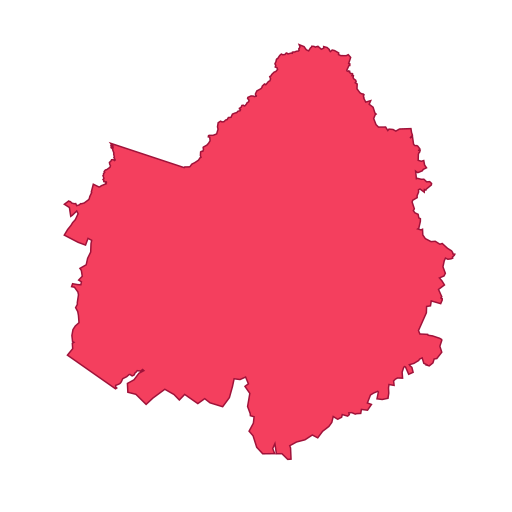 outline of Pixley ka Seme, Northern Cape, South Africa, rotated 264°
{"feature_id": "47623444B63696254381244", "entity_name": "Pixley ka Seme", "entity_type": "district", "adm_level": 2, "iso_a3": "ZAF", "parent_name": "South Africa", "parent_adm1": "Northern Cape", "projection": "natural_earth1", "projection_center": [24.003, -30.211], "detail": "fine", "context": "isolated", "style": "filled", "palette": "rose", "viewbox_px": 512, "rotation_deg": 264, "n_neighbors": 0, "source": "geoboundaries", "source_scale": "gbopen_adm2", "svg_char_len": 6071}
<svg xmlns="http://www.w3.org/2000/svg" viewBox="0 0 512 512"><g transform="rotate(264 256 256)"><path d="M362.5,423.6L366.5,423.4L367.3,412.0L365.6,408.1L367.5,405.5L368.3,401.5L367.0,400.2L370.7,398.4L371.4,391.3L374.1,389.1L380.4,387.4L384.0,389.3L384.6,390.3L385.8,389.2L391.7,388.0L395.1,384.4L398.5,386.3L397.6,381.2L401.8,379.6L402.0,379.9L404.1,379.5L405.0,380.3L405.8,379.7L406.4,377.8L407.5,376.4L411.7,373.9L416.5,374.6L417.9,372.8L418.9,373.8L420.4,373.5L421.7,372.0L423.1,371.2L425.1,371.7L425.4,370.3L426.8,371.2L427.4,370.7L427.6,369.3L428.8,368.3L429.9,368.5L430.4,367.4L429.9,367.0L430.5,365.9L431.3,365.7L435.8,368.4L435.7,369.2L437.3,369.4L437.8,368.3L443.6,370.9L446.6,368.8L445.8,366.7L446.4,361.3L447.7,359.1L449.3,359.5L452.1,355.6L452.9,353.3L451.5,351.3L452.8,350.5L453.7,350.5L455.9,348.5L457.2,345.2L455.7,345.1L454.8,342.6L458.1,339.5L457.7,338.9L457.9,337.9L457.5,336.9L458.4,335.6L458.8,333.4L457.9,333.0L457.2,331.9L454.5,329.8L455.8,327.6L459.2,325.7L461.7,321.0L459.5,321.6L458.0,320.7L457.6,320.2L455.9,320.3L455.4,319.6L455.4,317.5L454.8,315.7L455.0,314.0L454.8,313.4L453.8,313.3L454.1,311.9L453.6,308.9L454.7,307.8L454.6,307.1L453.4,306.0L453.3,303.7L454.2,302.3L453.0,300.6L450.0,298.1L449.8,297.2L448.6,296.5L448.0,296.6L445.1,294.9L443.7,295.6L441.9,294.9L441.1,296.5L439.4,297.0L437.4,295.0L437.0,293.3L434.8,290.5L433.7,289.9L433.0,288.4L430.7,289.0L428.8,288.2L428.2,286.6L425.4,283.8L425.4,283.2L426.2,282.7L425.9,282.0L424.2,279.9L422.9,279.5L421.8,278.2L420.1,274.1L417.3,272.4L416.1,272.4L415.4,273.1L414.9,273.0L414.7,271.0L415.3,270.1L415.7,267.8L414.6,264.5L413.6,264.1L411.7,265.3L410.2,264.9L409.2,263.0L408.0,262.3L406.5,260.6L406.5,260.0L407.3,259.1L407.2,257.7L405.4,256.7L404.6,254.9L404.1,254.9L403.2,255.9L402.2,255.5L401.8,253.0L400.6,251.8L400.4,250.2L399.6,247.4L396.5,245.6L396.6,243.0L394.7,241.6L394.4,240.0L392.9,238.1L392.9,236.2L393.8,234.9L392.5,232.3L388.5,231.2L386.1,231.5L381.5,229.6L380.5,225.9L380.9,222.2L380.7,221.4L379.5,221.0L378.9,222.4L375.4,222.4L373.2,220.7L371.4,218.7L369.8,215.0L369.1,214.7L367.7,215.0L365.7,214.0L365.8,212.7L365.3,211.8L361.7,211.2L359.9,211.6L359.5,210.6L357.3,208.8L355.2,204.8L354.1,201.8L351.8,199.7L351.6,199.0L352.0,194.4L351.4,193.8L383.3,123.2L382.1,123.9L381.4,123.4L381.1,124.5L380.3,125.4L379.9,124.7L380.0,123.4L378.9,123.2L378.4,123.6L378.7,124.5L378.6,125.1L376.9,124.5L373.3,125.4L372.2,125.1L369.3,125.5L368.9,125.0L366.2,126.0L365.7,125.3L366.8,123.9L366.8,122.4L365.6,121.7L364.4,120.0L362.6,120.1L361.0,120.7L359.5,120.0L357.5,116.6L357.3,115.2L355.9,113.8L354.9,114.2L354.0,113.0L352.3,112.8L351.9,112.2L349.2,112.9L348.0,111.8L347.2,112.6L345.9,112.4L345.3,114.9L344.6,114.9L344.2,114.1L343.5,114.5L342.0,109.3L341.4,108.6L341.0,107.1L344.4,101.7L336.9,98.9L336.3,99.2L332.5,96.9L330.5,96.2L329.5,95.4L326.7,90.7L326.2,88.0L326.4,87.2L325.2,85.3L324.8,82.9L327.0,82.2L327.0,80.7L327.9,78.3L329.5,77.1L329.5,76.5L330.3,75.5L327.5,70.8L323.7,75.5L314.8,75.9L315.8,77.7L319.5,82.4L316.6,83.5L311.0,80.1L308.3,77.1L305.8,75.2L302.1,71.5L296.8,67.5L288.2,80.5L284.7,87.6L291.1,90.8L288.8,94.2L285.5,93.2L277.2,92.0L271.3,88.3L265.0,86.2L262.1,79.6L259.8,80.8L254.0,81.1L250.6,77.1L248.6,79.7L245.7,78.8L246.2,75.6L247.6,70.7L244.8,69.4L243.9,72.2L238.9,75.1L236.0,75.4L228.3,73.4L226.6,73.3L223.5,71.2L219.4,72.9L215.6,73.2L208.2,73.0L205.3,69.0L202.0,66.3L196.2,64.6L190.1,64.6L189.2,65.9L188.4,64.2L183.0,64.0L177.1,58.1L138.6,102.4L139.3,103.7L140.4,102.7L142.0,102.9L142.9,106.2L143.7,107.7L145.0,108.9L147.9,110.6L149.5,114.8L151.4,117.4L151.3,118.4L149.8,120.1L149.7,120.6L150.5,122.4L152.6,123.7L153.2,124.9L154.4,125.9L153.6,129.2L155.0,131.4L153.7,132.5L151.6,127.3L145.6,121.7L142.7,114.8L133.9,114.3L131.0,122.1L119.9,131.2L125.6,138.8L133.0,151.4L126.8,160.0L120.8,164.7L125.8,170.6L115.3,182.7L119.5,190.1L114.8,194.9L109.6,207.1L117.9,214.7L128.5,218.9L136.2,221.4L134.8,227.2L136.7,233.0L129.7,235.1L127.5,231.4L120.0,235.5L107.2,231.9L99.8,233.8L97.8,233.7L96.3,237.3L90.0,235.9L82.5,230.8L77.5,234.3L65.7,236.7L58.6,242.0L57.5,253.9L62.8,252.5L67.4,255.2L57.2,255.6L56.7,261.1L50.4,266.3L50.3,269.6L61.5,270.3L63.8,269.7L66.8,276.9L68.1,285.5L72.1,293.3L68.7,298.4L74.7,303.9L78.9,310.7L82.6,314.0L88.3,316.0L85.1,320.2L86.7,324.3L89.3,325.2L87.2,330.4L88.5,332.2L90.3,331.9L90.2,334.9L88.4,338.2L88.7,339.6L88.5,343.7L92.4,344.8L91.0,350.8L96.3,355.3L98.2,351.4L105.8,355.3L107.4,358.6L108.7,362.9L107.9,363.5L101.3,361.4L100.1,366.5L100.7,372.4L105.7,373.7L111.0,374.0L114.3,374.8L112.9,379.8L117.4,379.8L119.0,381.8L119.9,384.0L119.2,389.0L125.2,389.2L129.7,391.2L130.5,392.1L130.0,393.1L122.4,395.5L123.9,400.1L128.9,399.4L131.1,397.4L131.9,397.1L132.7,401.8L135.1,406.9L136.3,407.8L137.3,410.6L131.7,411.7L130.1,414.4L129.8,414.0L128.6,416.8L131.2,420.8L135.0,422.4L135.1,425.1L140.9,430.7L147.0,429.4L152.8,432.0L153.6,431.9L155.0,430.0L158.1,423.2L159.2,418.9L160.1,418.6L161.3,410.8L164.9,409.8L181.7,419.5L188.0,420.4L188.2,424.3L193.0,425.6L189.3,434.7L192.7,436.6L194.1,436.7L194.5,435.7L195.4,435.7L196.0,436.5L203.7,434.0L207.5,440.4L211.9,438.3L215.0,436.1L216.5,440.9L219.0,442.5L225.7,440.8L231.5,442.7L234.1,444.2L232.7,446.4L232.8,449.7L233.3,451.4L234.5,451.3L236.0,453.3L237.0,453.9L237.5,452.0L238.8,452.0L240.7,451.0L243.6,447.3L249.0,442.5L248.5,440.1L251.9,435.8L252.0,431.6L255.6,426.2L259.5,424.1L265.2,424.4L264.7,422.8L266.0,419.7L266.6,420.8L273.3,423.1L275.9,423.4L276.9,421.9L280.5,421.6L282.3,418.6L284.6,417.2L286.4,418.4L293.4,416.9L295.1,417.7L297.2,422.4L299.1,422.5L302.6,424.4L304.9,424.5L305.5,426.1L301.9,430.0L304.5,430.4L303.8,431.8L304.6,432.2L308.3,437.8L309.8,438.2L311.8,436.5L311.9,433.5L314.8,431.0L315.0,428.4L316.4,424.6L316.1,423.6L323.7,423.6L322.1,425.3L322.1,426.2L323.4,430.4L324.6,431.3L325.9,434.8L328.8,433.2L333.4,432.8L332.9,430.4L334.2,427.3L340.1,428.1L341.4,428.7L342.2,429.6L344.0,430.3L344.1,429.1L345.5,430.1L348.3,428.4L349.0,427.5L349.2,425.5L350.6,424.4L358.2,424.1L357.2,421.5L359.8,424.2L362.5,423.6Z" fill="#f43f5e" stroke="#9f1239" stroke-width="1.5"/></g></svg>